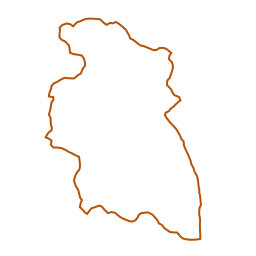 the district of Itatiaiuçu, Minas Gerais, Brazil, rotated 95°
{"feature_id": "56859067B98169129353112", "entity_name": "Itatiaiuçu", "entity_type": "district", "adm_level": 2, "iso_a3": "BRA", "parent_name": "Brazil", "parent_adm1": "Minas Gerais", "projection": "mercator", "projection_center": [-44.452, -20.206], "detail": "fine", "context": "isolated", "style": "outline", "palette": "amber", "viewbox_px": 256, "rotation_deg": 95, "n_neighbors": 0, "source": "geoboundaries", "source_scale": "gbopen_adm2", "svg_char_len": 2478}
<svg xmlns="http://www.w3.org/2000/svg" viewBox="0 0 256 256"><g transform="rotate(95 128 128)"><path d="M232.2,46.4L228.4,46.6L224.6,47.2L219.3,47.9L215.2,48.0L211.6,48.4L208.7,49.4L205.0,49.8L201.0,49.7L198.4,48.6L195.8,49.1L192.9,49.6L189.0,50.4L185.8,51.5L182.8,51.6L180.3,52.5L176.1,53.3L172.5,54.1L169.6,55.2L166.0,57.7L162.2,59.3L158.5,61.7L155.0,62.9L151.9,64.5L148.5,66.2L145.6,68.0L143.1,69.4L140.3,70.8L136.5,71.4L134.5,73.8L130.9,75.6L127.3,78.0L124.8,80.0L122.8,82.0L121.0,84.1L118.5,86.9L115.1,90.0L112.0,92.4L109.5,91.7L107.5,88.6L105.1,87.2L102.6,84.4L99.3,81.7L95.8,78.2L92.6,79.9L91.3,84.5L88.5,87.0L85.7,88.4L83.5,91.0L81.6,93.0L77.3,93.0L74.4,90.7L71.0,90.0L67.3,89.0L62.8,88.5L58.7,89.9L55.8,93.3L52.4,93.0L49.4,91.4L47.9,93.8L46.3,95.9L45.1,99.3L45.5,103.5L47.8,106.4L48.2,109.4L47.0,113.2L46.0,116.4L45.1,119.3L44.7,122.7L43.3,125.1L41.5,127.8L39.7,130.6L38.6,133.7L35.5,135.0L32.9,137.0L30.6,138.4L28.1,141.6L25.0,146.1L23.4,149.5L25.0,151.9L24.9,155.1L27.1,158.4L24.9,161.9L22.2,165.2L22.1,169.4L22.2,173.4L22.5,176.6L23.1,179.8L25.4,184.1L27.5,188.5L31.5,191.4L29.7,194.5L29.2,198.0L31.1,202.4L33.9,204.8L36.5,204.3L40.0,204.4L43.5,204.2L45.7,202.2L47.4,197.9L50.6,194.3L53.8,193.1L57.9,192.4L59.2,188.8L59.3,185.2L59.9,180.2L63.2,177.7L66.5,176.6L69.7,176.2L72.5,178.1L75.1,178.9L77.7,179.7L80.0,182.8L83.4,186.1L83.6,191.5L83.5,195.5L85.9,199.5L88.4,202.8L89.9,205.6L92.5,207.7L96.1,208.2L100.3,209.4L103.4,209.6L103.8,205.2L106.5,204.8L109.3,206.5L112.6,206.7L116.2,207.0L121.5,207.9L125.2,205.9L129.0,205.5L132.1,204.9L134.6,203.8L137.1,204.0L138.8,206.1L141.0,207.7L144.6,209.2L145.4,206.2L147.2,203.1L151.4,203.4L153.9,200.7L153.6,196.4L153.9,192.2L155.3,188.4L157.0,184.9L158.1,181.6L159.7,178.3L160.9,174.3L164.5,173.5L167.5,172.8L170.7,172.5L173.8,172.8L176.1,174.6L178.4,175.8L181.8,176.7L185.1,177.3L187.6,176.2L191.0,174.6L193.8,172.3L197.6,171.0L201.8,169.5L203.8,167.6L206.8,168.6L211.0,169.1L213.5,165.9L215.8,163.6L217.1,161.2L214.2,159.5L211.2,157.4L209.2,152.8L207.8,149.9L208.5,147.2L211.6,144.2L214.5,140.6L213.2,137.2L213.5,133.6L215.5,130.9L217.4,127.9L218.7,125.1L219.7,121.8L220.7,118.8L220.8,115.4L219.3,112.6L216.4,110.7L213.6,109.6L211.7,107.5L211.0,104.5L210.3,100.8L212.1,96.2L214.9,93.1L217.3,90.7L220.3,88.8L221.9,85.4L224.2,83.5L226.2,80.3L227.9,77.2L228.1,73.4L227.8,70.1L229.6,68.1L231.6,66.3L233.2,63.8L233.8,60.7L233.9,56.6L233.5,52.3L233.0,49.4L232.2,46.4Z" fill="none" stroke="#b45309" stroke-width="2"/></g></svg>